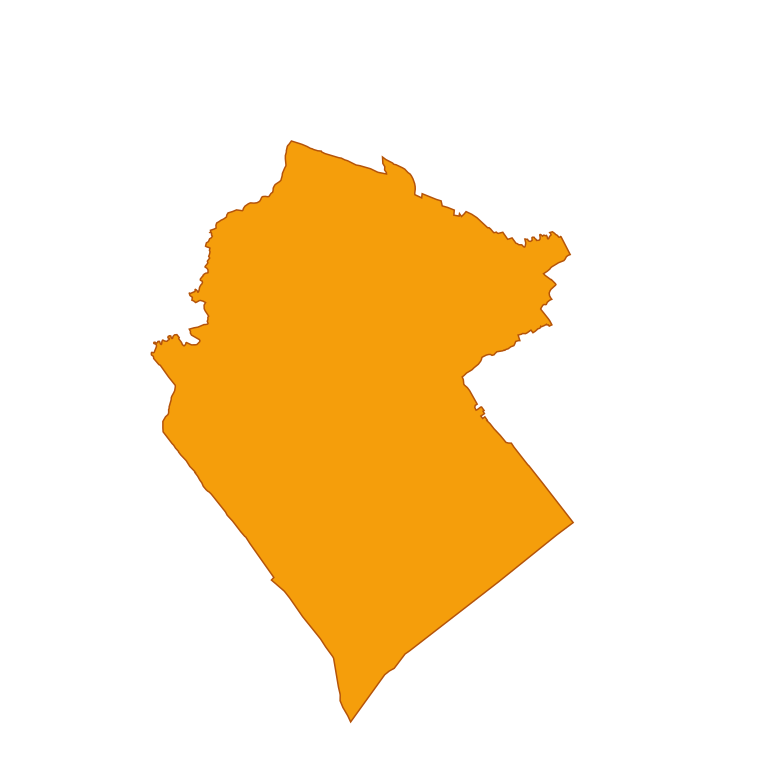 Orlesti, Vâlcea, Romania, rotated 53°
{"feature_id": "2599482B88364464884635", "entity_name": "Orlesti", "entity_type": "district", "adm_level": 2, "iso_a3": "ROU", "parent_name": "Romania", "parent_adm1": "Vâlcea", "projection": "equal_earth", "projection_center": [24.217, 44.795], "detail": "fine", "context": "isolated", "style": "filled", "palette": "amber", "viewbox_px": 768, "rotation_deg": 53, "n_neighbors": 0, "source": "geoboundaries", "source_scale": "gbopen_adm2", "svg_char_len": 6170}
<svg xmlns="http://www.w3.org/2000/svg" viewBox="0 0 768 768"><g transform="rotate(53 384 384)"><path d="M633.8,614.0L616.6,558.4L616.4,552.5L617.2,546.9L612.3,529.7L612.5,524.1L610.9,410.8L608.5,337.0L608.5,316.3L558.1,317.0L536.5,317.5L534.9,317.8L512.6,318.2L507.9,317.9L506.0,320.2L504.1,321.7L495.0,322.1L485.8,323.1L479.7,323.2L475.1,323.9L475.1,323.3L470.9,323.2L470.9,325.9L467.9,326.0L468.1,321.6L465.3,321.3L465.4,320.0L461.1,319.9L460.6,320.7L460.6,325.0L460.3,326.2L457.3,325.6L456.0,324.0L456.2,321.7L440.7,319.6L437.1,319.6L433.5,320.4L432.2,320.4L428.2,318.0L425.4,317.3L425.4,315.2L424.9,311.4L425.6,305.1L425.2,302.2L425.0,296.8L424.0,293.2L423.1,291.5L421.7,289.8L421.8,288.7L422.5,284.8L423.5,282.5L424.6,281.1L426.1,280.5L426.9,278.5L426.5,277.1L426.2,274.4L429.0,269.1L429.2,267.6L429.8,267.3L429.8,265.7L430.6,263.7L430.6,260.3L431.5,257.3L431.2,256.4L429.3,253.1L430.2,250.7L431.1,249.4L425.6,247.4L426.9,244.4L427.1,242.9L429.0,240.6L429.3,238.8L429.4,234.2L432.7,234.2L432.9,231.6L432.7,229.0L432.5,228.2L433.2,226.0L433.0,225.2L432.3,224.1L433.0,224.0L433.9,220.4L434.1,218.2L435.0,218.3L435.6,217.2L437.2,217.2L437.8,214.3L433.5,213.6L430.8,213.5L418.5,213.8L418.4,213.4L418.1,213.4L416.7,209.8L416.8,208.4L418.0,207.0L418.1,206.5L417.0,204.4L416.8,201.4L417.3,199.0L416.2,199.1L413.2,198.7L410.8,197.4L409.5,195.3L408.9,193.7L408.3,187.5L408.1,186.9L407.1,186.7L401.4,187.5L401.4,187.8L394.1,190.0L391.9,190.2L392.2,185.8L392.0,182.3L391.6,181.3L391.4,179.6L392.2,171.6L393.7,166.1L393.3,164.3L392.1,161.7L392.1,159.5L392.7,157.4L373.0,154.0L372.5,154.2L372.6,155.2L371.8,156.1L369.7,156.1L367.9,156.9L366.3,157.1L363.8,157.9L362.8,160.5L364.6,160.5L365.5,160.9L365.8,163.0L366.8,164.6L366.9,165.5L366.6,165.8L366.1,165.8L365.1,165.2L363.1,164.8L362.7,165.9L361.3,166.7L361.3,168.5L359.9,168.6L358.6,169.2L358.5,169.6L358.8,170.0L360.6,170.9L362.0,172.0L362.5,173.0L362.5,173.7L361.1,175.8L360.1,175.5L358.4,176.0L357.4,175.7L356.4,176.6L356.1,177.2L356.1,177.7L358.4,179.3L358.3,181.1L357.5,182.0L356.4,182.5L354.8,182.3L354.3,183.1L353.5,183.6L353.0,184.3L356.4,185.8L357.4,186.6L359.1,188.6L359.2,189.0L359.1,189.5L358.3,189.9L355.8,190.2L353.9,192.5L351.9,193.2L351.1,193.9L344.4,193.8L342.9,198.1L334.3,197.8L332.5,202.1L331.9,202.6L330.3,202.9L329.5,204.9L329.1,205.3L324.3,205.6L322.3,206.1L321.8,207.0L321.4,207.2L307.1,209.7L301.2,211.8L295.7,214.7L296.4,217.6L296.9,221.3L293.4,221.2L295.1,223.0L291.2,226.6L287.4,223.2L281.3,226.9L276.8,230.3L272.1,228.2L268.1,231.1L255.0,239.0L258.0,241.9L251.4,245.4L250.1,244.6L247.2,241.8L244.9,240.2L242.3,238.9L237.5,237.4L234.5,236.9L232.1,236.8L229.6,237.6L224.9,238.1L222.5,239.1L216.2,242.4L214.3,244.0L212.8,244.1L205.9,247.4L201.8,248.6L207.2,252.2L210.9,252.6L213.4,254.7L216.7,254.9L217.8,255.6L211.2,261.5L204.0,265.2L195.1,271.9L192.3,274.5L183.8,278.7L181.3,280.5L178.0,282.1L176.1,283.9L164.4,292.5L161.2,294.1L160.3,293.9L157.9,296.5L154.4,299.1L153.1,299.7L151.4,301.0L148.0,302.5L143.2,305.3L134.2,311.7L135.5,316.1L135.6,317.2L136.1,318.3L138.9,321.6L140.0,322.4L142.2,325.3L144.7,327.2L150.1,330.5L150.8,331.2L151.8,333.4L154.6,338.3L156.5,340.1L159.3,343.8L159.5,345.6L159.2,350.9L159.9,352.7L160.9,354.6L162.6,356.0L163.8,357.5L163.8,359.6L165.0,362.9L164.6,364.0L162.7,365.9L161.4,367.9L161.2,368.7L161.5,369.7L163.0,372.5L163.2,374.0L162.8,376.4L161.3,379.0L159.1,381.5L158.8,382.2L158.4,384.1L158.3,388.1L159.2,390.6L160.2,391.9L160.3,392.9L156.2,397.0L155.1,401.2L153.5,405.6L154.4,407.8L155.8,409.4L155.7,412.8L155.1,415.6L155.0,418.4L154.7,420.7L156.1,422.7L158.4,424.2L158.1,426.2L156.8,430.1L158.1,430.7L158.3,431.8L159.4,430.9L160.1,431.1L161.2,432.1L162.6,432.1L163.3,433.8L163.1,435.9L164.4,438.1L164.6,439.1L164.4,440.9L166.5,443.6L167.3,443.3L170.5,441.2L170.9,441.4L172.2,443.0L173.5,443.3L174.0,443.7L175.6,445.6L176.5,447.2L178.5,447.4L179.5,451.0L179.8,451.3L181.2,451.7L181.5,452.3L182.4,455.9L182.8,456.5L185.0,455.8L186.4,455.8L187.1,456.0L189.1,457.5L189.2,457.8L188.2,459.8L188.0,461.6L188.3,462.4L188.2,463.0L188.8,463.7L189.0,465.3L189.7,467.6L190.7,468.2L192.5,467.3L193.7,467.9L194.5,469.3L194.7,470.7L195.8,473.1L197.9,475.4L198.8,476.9L198.6,477.4L197.7,477.1L196.1,477.2L194.9,477.7L195.0,478.2L195.9,478.7L196.3,479.4L195.2,484.1L194.3,484.6L194.3,484.9L196.6,485.7L199.4,484.9L201.5,487.0L202.9,486.1L205.6,485.4L206.0,483.5L206.2,481.5L206.8,480.3L209.0,478.6L211.6,477.5L212.7,480.2L215.7,482.3L218.1,482.8L224.3,483.2L224.7,484.5L226.5,485.8L227.5,487.4L229.7,488.0L230.0,488.8L229.3,490.4L228.2,492.0L226.6,498.4L224.8,501.9L223.0,506.5L225.5,506.9L226.8,508.0L229.1,508.3L237.3,504.8L238.4,504.8L239.3,505.7L239.9,509.6L239.3,510.9L236.9,514.2L232.0,516.8L231.9,517.3L232.9,518.5L233.3,520.4L233.1,520.8L231.3,521.3L228.8,520.7L224.3,520.7L223.7,519.6L219.9,519.7L218.7,521.7L219.0,523.8L220.2,525.3L220.1,525.9L219.2,526.1L217.3,525.4L216.4,526.2L216.1,527.7L216.5,528.3L217.0,528.7L217.4,528.7L218.5,528.1L219.2,528.6L219.0,530.2L219.3,531.3L219.1,531.9L217.7,533.3L216.1,534.0L215.7,534.5L216.6,536.0L218.2,537.5L218.3,538.2L217.7,538.5L215.2,537.7L214.6,537.8L214.0,538.9L214.0,539.1L214.7,539.8L214.2,541.2L213.9,541.7L212.8,541.7L212.3,542.6L212.6,543.2L213.1,543.4L215.3,542.1L216.2,542.5L217.3,543.4L220.4,548.5L220.3,549.3L219.0,550.3L219.0,550.8L219.3,551.2L220.4,552.0L220.9,552.2L222.9,551.6L223.7,551.8L225.0,552.6L233.1,552.1L234.4,551.4L248.6,551.8L259.4,551.5L260.6,552.3L263.3,555.1L264.3,556.9L266.0,560.7L266.8,562.0L268.6,563.6L272.9,569.3L274.1,570.2L274.8,571.4L277.0,573.0L277.8,573.9L278.4,574.9L278.7,578.2L280.8,583.1L286.1,587.1L289.3,589.2L304.0,589.1L306.3,588.8L309.8,589.1L314.1,588.7L314.7,589.0L318.3,589.0L326.2,588.1L333.0,588.7L339.2,587.9L341.2,587.9L341.1,588.3L345.5,588.3L349.7,588.9L353.3,589.0L357.0,589.9L361.3,589.7L363.4,589.3L365.2,588.6L368.0,588.2L390.8,587.6L394.5,588.2L402.3,587.4L416.0,587.3L421.9,586.9L423.0,586.5L431.0,587.1L472.2,588.4L472.8,591.9L489.5,588.3L498.2,588.1L520.9,589.0L549.4,588.1L558.7,588.8L570.7,589.0L572.7,589.3L598.7,602.8L604.8,605.5L606.1,606.2L610.6,609.7L617.7,611.5L627.2,612.6L633.8,614.0Z" fill="#f59e0b" stroke="#b45309" stroke-width="1.5"/></g></svg>